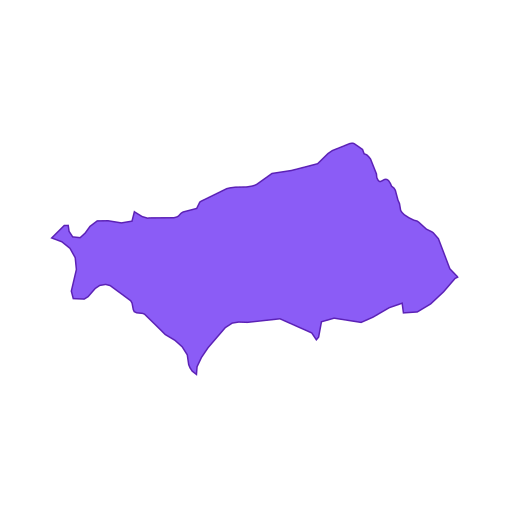 map outline of North Lebanon (Equal Earth projection), rotated 220°
{"feature_id": "LBN-3023", "entity_name": "North Lebanon", "entity_type": "Province", "adm_level": 1, "iso_a3": "LBN", "parent_name": "Lebanon", "parent_adm1": "", "projection": "equal_earth", "projection_center": [36.058, 34.42], "detail": "fine", "context": "isolated", "style": "filled", "palette": "violet", "viewbox_px": 512, "rotation_deg": 220, "n_neighbors": 0, "source": "natural_earth", "source_scale": "10m", "svg_char_len": 1748}
<svg xmlns="http://www.w3.org/2000/svg" viewBox="0 0 512 512"><g transform="rotate(220 256 256)"><path d="M368.6,105.9L374.9,110.4L384.9,130.2L393.4,138.5L403.4,142.3L413.9,142.1L424.1,138.5L422.5,156.1L419.5,158.7L415.0,154.7L408.7,152.8L402.5,157.0L401.6,163.7L402.2,172.0L400.2,180.8L392.0,187.9L380.4,194.8L373.4,203.0L377.6,211.7L377.4,211.7L368.6,213.0L363.3,215.3L362.3,216.5L343.5,232.5L341.8,234.9L341.4,235.8L341.1,236.7L341.0,237.8L340.9,240.3L340.6,241.5L340.1,242.9L332.0,254.3L333.7,261.2L333.3,262.6L321.7,288.8L319.6,291.6L316.1,295.4L307.5,302.9L303.9,307.1L302.4,309.4L301.5,311.3L296.8,329.5L283.8,344.3L268.1,366.3L266.7,380.8L265.3,385.8L256.5,402.3L254.9,404.2L253.8,404.9L252.7,405.2L242.9,406.1L238.9,403.8L236.2,404.7L233.5,404.5L230.6,403.9L216.5,396.3L214.1,393.9L213.3,393.4L211.1,392.5L210.0,392.4L208.8,392.7L207.9,394.3L206.8,397.1L206.0,398.1L205.0,398.7L203.8,398.9L202.7,398.9L199.6,397.9L197.0,396.6L193.9,396.7L191.5,395.9L183.1,390.0L179.8,388.4L174.5,383.9L172.2,383.2L169.0,382.9L163.4,383.6L158.1,384.9L155.1,386.3L153.1,386.5L142.7,386.1L136.6,387.6L135.1,387.7L127.4,386.5L99.3,370.8L88.4,369.6L87.9,369.4L89.1,366.8L89.3,349.2L91.4,331.6L96.5,316.8L106.5,307.2L113.7,313.8L120.7,302.1L127.1,284.3L132.8,272.7L156.2,258.6L163.6,247.7L155.9,234.1L155.9,230.6L163.8,232.9L197.3,223.3L219.9,199.7L226.8,194.3L231.1,189.3L233.5,181.4L233.8,155.1L232.6,143.3L230.0,133.3L225.5,127.0L230.9,126.8L234.6,127.9L237.7,129.5L245.1,136.1L254.2,139.0L263.9,139.3L275.1,137.5L285.6,138.4L304.0,139.8L305.9,139.2L310.9,135.8L313.5,135.1L315.6,136.1L320.6,140.2L323.2,141.2L348.7,139.6L352.9,137.6L356.8,133.0L358.3,127.8L358.5,116.9L359.9,112.6L368.6,105.9Z" fill="#8b5cf6" stroke="#5b21b6" stroke-width="1.5"/></g></svg>